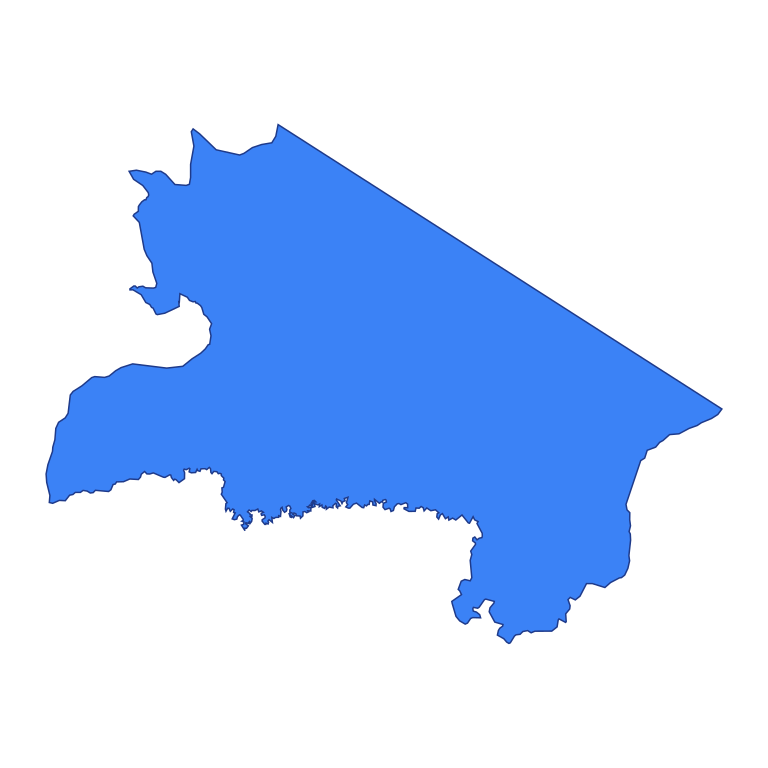 outline of Tarime, Mara, United Republic of Tanzania
{"feature_id": "72390352B9041864776563", "entity_name": "Tarime", "entity_type": "district", "adm_level": 2, "iso_a3": "TZA", "parent_name": "United Republic of Tanzania", "parent_adm1": "Mara", "projection": "robinson", "projection_center": [34.405, -1.396], "detail": "fine", "context": "isolated", "style": "filled", "palette": "blue", "viewbox_px": 768, "rotation_deg": 0, "n_neighbors": 0, "source": "geoboundaries", "source_scale": "gbopen_adm2", "svg_char_len": 6103}
<svg xmlns="http://www.w3.org/2000/svg" viewBox="0 0 768 768"><path d="M200.0,471.3L201.0,468.8L205.1,468.7L206.7,469.6L209.3,467.4L210.5,468.7L210.9,472.5L212.0,473.7L213.8,471.4L216.9,471.7L218.3,473.7L219.9,473.3L221.3,474.0L221.3,475.6L223.8,478.1L223.5,479.9L225.1,481.5L223.5,487.3L221.9,487.9L222.2,492.2L221.3,494.2L227.1,502.7L225.9,503.6L225.4,509.1L226.0,511.2L227.6,508.3L229.0,508.3L230.3,511.3L232.7,509.0L234.1,509.7L233.6,512.5L235.2,512.9L232.2,518.9L234.4,519.7L236.8,519.1L237.5,516.6L239.5,514.8L240.3,515.1L243.2,519.4L243.2,520.4L241.8,521.2L244.0,522.0L243.6,524.3L241.4,525.1L245.0,530.7L244.3,528.3L246.5,528.3L248.4,525.8L245.6,523.7L245.9,522.7L249.1,523.6L248.6,522.5L249.5,521.5L250.4,523.0L251.6,521.5L252.1,519.0L252.1,518.1L250.3,516.7L252.0,516.2L252.0,514.9L250.0,514.8L250.0,513.6L247.5,511.8L249.1,510.0L251.1,511.5L251.8,510.5L255.0,510.5L257.8,509.0L258.8,511.9L261.4,510.9L263.4,512.3L261.2,513.3L261.2,514.4L261.7,515.4L264.3,514.8L265.2,516.4L265.0,517.9L262.2,519.7L262.1,521.1L264.8,524.4L265.8,524.4L266.0,523.2L268.1,524.0L268.6,522.4L267.9,521.1L269.1,519.7L272.4,522.4L271.8,517.4L273.9,518.5L275.6,517.4L278.7,517.3L278.7,515.7L280.5,516.4L281.0,511.3L280.5,509.8L280.9,508.2L282.1,507.3L282.7,510.0L284.6,512.3L286.4,511.1L286.9,509.6L286.2,506.9L288.6,505.5L289.8,506.1L290.9,508.5L289.8,510.0L289.8,512.0L291.4,512.8L289.1,513.6L290.2,517.0L291.2,517.3L291.0,515.6L293.5,517.7L295.0,515.5L292.8,514.2L293.0,513.3L294.0,513.0L295.9,513.8L296.5,515.8L300.1,516.0L300.5,518.2L302.9,515.9L303.0,511.9L304.9,511.5L306.7,512.7L308.7,511.8L307.9,510.8L310.8,511.0L310.9,507.5L308.4,507.7L307.4,506.8L308.9,506.4L309.5,505.2L311.2,506.0L311.1,503.5L312.8,500.7L314.4,500.4L315.9,501.9L313.2,502.1L311.7,507.6L315.0,506.5L314.3,503.6L317.9,504.9L319.6,504.0L319.3,506.6L321.9,505.0L322.2,507.3L324.6,508.4L325.7,506.0L326.5,506.8L326.4,509.2L329.2,507.1L333.0,507.8L332.9,505.7L335.5,503.3L336.4,503.8L336.2,506.7L337.6,508.0L337.9,506.3L340.2,505.8L336.3,499.9L336.6,499.0L340.9,501.0L342.0,503.5L342.9,501.6L345.1,500.8L344.3,498.5L348.0,497.2L346.4,502.7L347.7,504.6L345.8,506.9L348.3,508.1L349.9,508.1L353.4,504.2L356.5,503.1L362.1,507.5L363.7,507.7L364.6,505.0L366.5,505.9L367.7,504.5L369.2,504.4L369.8,500.9L372.7,501.9L372.9,505.0L376.0,505.7L376.1,503.6L374.5,500.6L374.5,499.3L379.4,503.3L381.3,501.8L382.5,502.1L382.7,500.4L385.2,499.5L386.1,500.1L386.4,502.0L383.3,503.3L383.0,507.2L385.0,509.6L389.1,508.2L390.1,508.8L391.0,511.5L393.4,510.5L394.4,506.8L397.3,503.8L399.0,503.5L400.9,504.6L405.8,502.7L407.6,504.1L407.7,507.7L404.2,507.6L404.0,508.8L408.9,511.4L415.2,511.3L416.0,508.0L419.2,508.2L421.1,506.5L423.2,507.7L424.1,510.9L426.8,508.0L430.8,510.7L435.5,509.8L438.8,512.8L437.2,513.7L436.8,517.0L438.6,519.1L440.4,514.9L442.4,513.6L445.4,518.7L448.2,516.9L448.9,520.1L452.6,518.1L455.8,520.0L462.0,515.0L468.3,522.9L469.5,523.2L473.1,516.7L474.6,519.8L478.1,521.6L477.0,523.5L482.2,533.3L482.3,536.1L481.9,537.6L479.2,538.2L477.0,539.8L474.8,537.0L472.9,538.1L472.6,540.8L475.4,543.0L475.5,544.4L470.7,551.1L471.8,554.5L470.2,560.4L471.8,577.7L470.2,580.8L464.8,579.5L461.2,581.2L458.2,589.4L459.7,590.8L461.5,594.6L451.8,601.4L452.2,603.5L456.0,616.4L459.7,620.9L465.2,624.1L467.5,623.1L470.6,618.5L472.7,617.6L480.6,617.8L479.7,614.7L476.5,612.1L473.3,611.1L472.8,608.8L473.4,607.4L477.7,608.2L479.2,607.2L484.5,599.6L485.8,599.1L494.3,601.4L493.9,603.1L490.0,607.8L489.2,611.8L494.8,622.1L503.0,624.5L502.6,626.2L499.8,628.2L498.4,630.5L497.4,635.1L503.8,638.7L506.7,642.1L508.9,643.4L510.3,642.8L514.5,636.0L516.1,634.8L520.1,634.3L522.9,631.5L527.7,630.6L531.1,632.8L534.9,631.2L551.8,631.1L557.1,626.9L558.2,620.0L559.0,618.9L565.6,622.4L566.2,621.7L565.7,613.8L569.7,609.0L570.1,605.7L568.0,599.6L570.2,597.4L575.3,599.9L580.0,596.2L586.5,583.6L592.4,583.6L604.9,587.5L610.6,582.5L619.4,577.9L621.5,577.6L624.7,575.1L627.9,568.3L629.6,560.8L628.9,555.6L630.6,540.1L630.3,534.0L629.1,531.6L630.5,525.8L629.7,519.8L629.8,512.7L627.0,509.8L626.0,504.3L640.7,460.6L644.7,458.1L647.2,450.3L655.7,447.1L659.6,442.4L663.0,440.5L669.6,434.6L679.0,433.8L689.1,428.4L697.2,425.5L701.4,422.7L711.5,418.5L717.8,414.5L721.9,409.0L278.1,124.6L275.8,136.3L271.8,142.8L261.7,144.5L252.4,147.6L243.9,153.4L239.6,155.0L216.2,149.8L199.7,133.9L193.1,128.9L191.3,131.7L193.9,146.1L190.6,164.4L190.6,177.5L189.4,184.3L186.2,185.4L174.9,184.5L165.7,174.3L160.9,171.3L155.9,171.3L151.5,174.2L145.9,172.1L136.4,170.2L129.1,171.3L133.6,179.3L142.8,185.5L148.3,192.7L148.7,195.1L148.1,196.6L146.8,197.5L145.9,199.8L144.5,199.8L141.8,201.8L139.4,204.9L138.4,206.6L138.3,211.3L134.2,214.2L133.2,215.9L139.3,222.4L144.2,249.3L146.9,255.7L151.9,263.2L152.9,272.0L156.8,283.4L155.7,287.4L153.5,288.1L145.6,287.8L142.9,286.2L138.9,286.8L137.2,288.0L135.2,286.0L133.8,286.0L129.9,288.9L130.0,289.9L132.9,289.8L141.2,294.7L145.8,302.5L149.8,304.5L151.6,307.4L153.1,308.1L156.0,314.0L157.3,314.6L164.8,313.2L179.2,306.4L178.8,302.0L179.3,302.3L179.9,293.7L187.3,297.2L189.5,300.4L193.0,301.8L195.3,301.5L195.9,303.0L197.3,303.2L200.5,305.6L201.8,307.6L203.8,314.3L207.0,316.8L211.6,323.7L209.6,329.2L211.0,335.8L209.7,344.3L208.2,344.7L205.3,348.9L200.6,353.3L192.2,358.7L182.8,366.3L166.7,368.1L132.7,363.9L121.1,367.6L115.7,370.7L109.2,376.0L104.6,377.4L94.7,376.6L91.7,377.6L81.8,385.9L73.1,391.4L70.3,395.0L68.1,413.3L65.2,417.9L58.6,422.3L55.8,428.4L54.9,439.7L52.8,447.2L52.5,451.4L47.9,464.7L46.1,474.0L46.7,482.4L49.9,495.5L49.3,502.5L52.7,503.3L59.3,500.4L65.3,500.7L69.6,495.2L72.9,494.5L75.3,492.4L80.4,492.4L83.1,490.4L87.2,491.1L90.3,493.0L93.2,492.6L95.4,490.3L108.6,491.5L110.9,489.8L113.1,484.5L115.3,484.0L116.6,481.9L123.5,481.7L129.8,479.0L138.4,479.5L140.5,477.1L141.3,474.2L144.6,471.5L146.9,473.9L149.8,474.0L153.3,472.9L163.4,477.2L165.0,477.4L169.8,474.8L170.8,475.1L171.4,477.5L173.6,480.4L174.7,479.2L176.1,479.7L179.0,482.6L184.5,478.7L184.6,472.7L183.6,470.2L184.2,469.1L186.2,469.7L189.2,468.2L189.9,468.7L189.1,471.8L191.3,472.8L195.6,472.5L197.1,469.3L197.8,470.7L200.0,471.3Z" fill="#3b82f6" stroke="#1e3a8a" stroke-width="1.5"/></svg>